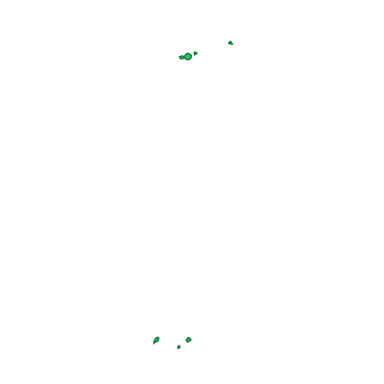 outline of French Polynesia, rotated 137°
{"feature_id": "PYF", "entity_name": "French Polynesia", "entity_type": "country or territory", "adm_level": 0, "iso_a3": "PYF", "parent_name": "Oceania", "parent_adm1": "", "projection": "robinson", "projection_center": [-142.778, -14.829], "detail": "coarse", "context": "isolated", "style": "filled", "palette": "green", "viewbox_px": 384, "rotation_deg": 137, "n_neighbors": 0, "source": "natural_earth", "source_scale": "50m", "svg_char_len": 746}
<svg xmlns="http://www.w3.org/2000/svg" viewBox="0 0 384 384"><g transform="rotate(137 192 192)"><path d="M105.9,295.3L108.9,296.4L109.5,298.2L108.8,299.4L106.6,298.4L105.5,296.3L102.6,296.8L100.6,296.4L99.5,293.6L99.4,292.3L99.9,291.6L102.0,290.7L104.7,291.4L105.7,292.9L105.9,295.3ZM318.8,106.2L321.9,107.4L322.9,107.3L321.9,108.5L317.8,109.8L316.5,109.4L315.8,108.0L318.8,106.2ZM297.0,87.7L294.0,88.1L293.3,86.2L293.5,85.0L293.9,84.6L297.3,85.1L297.6,86.8L297.0,87.7ZM62.7,276.1L61.1,275.8L61.5,272.8L62.6,273.7L63.6,275.8L62.7,276.1ZM96.4,290.5L95.1,292.5L94.3,292.1L93.7,290.8L93.9,290.1L96.4,290.5ZM307.8,88.4L306.4,88.5L306.2,87.4L306.6,86.8L307.2,86.5L308.8,87.3L307.8,88.4Z" fill="#22c55e" stroke="#15803d" stroke-width="1.5"/></g></svg>